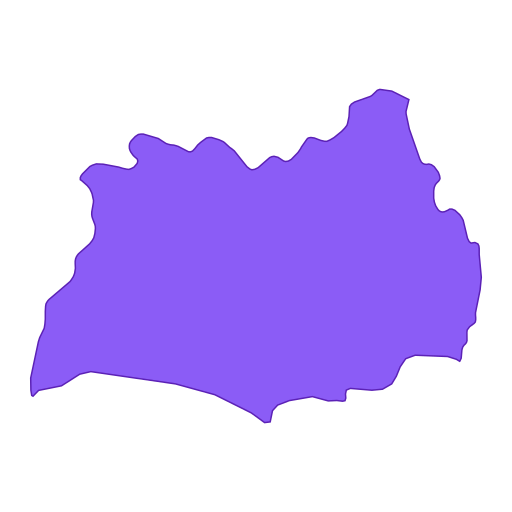 an SVG outline of Rayong
{"feature_id": "THA-434", "entity_name": "Rayong", "entity_type": "Province", "adm_level": 1, "iso_a3": "THA", "parent_name": "Thailand", "parent_adm1": "", "projection": "robinson", "projection_center": [101.425, 12.873], "detail": "fine", "context": "isolated", "style": "filled", "palette": "violet", "viewbox_px": 512, "rotation_deg": 0, "n_neighbors": 0, "source": "natural_earth", "source_scale": "10m", "svg_char_len": 2923}
<svg xmlns="http://www.w3.org/2000/svg" viewBox="0 0 512 512"><path d="M459.7,361.3L456.4,359.3L447.6,356.5L415.2,355.2L405.7,358.7L400.2,366.8L396.3,376.3L391.7,383.9L382.5,389.2L371.9,390.2L350.3,388.4L346.3,390.1L345.5,394.0L345.8,398.1L345.0,400.7L342.6,401.2L336.8,400.5L328.2,400.9L312.4,396.6L289.3,400.6L277.6,405.1L272.5,410.7L270.2,421.9L264.6,422.6L251.3,412.9L214.8,394.7L175.5,383.9L90.8,371.6L79.7,374.2L61.5,385.8L38.6,390.4L33.0,396.2L31.7,395.4L30.9,390.3L30.7,378.0L38.4,341.7L39.7,337.6L44.2,328.3L44.9,324.1L45.3,319.1L45.3,311.4L45.6,306.2L46.0,303.9L46.9,302.2L47.9,300.7L49.2,299.3L70.1,281.5L71.2,280.0L73.2,276.9L74.0,275.0L74.7,273.0L75.4,268.3L75.2,263.6L75.2,261.1L75.6,258.8L76.4,256.8L77.4,255.2L78.5,253.8L89.7,243.8L92.2,240.6L93.8,237.8L94.9,233.4L95.4,228.6L95.3,226.3L94.8,224.3L92.6,218.6L92.0,216.6L91.7,214.3L91.8,211.8L93.4,202.6L93.5,200.3L93.0,198.1L92.1,193.9L91.4,192.1L89.7,188.6L87.3,185.6L81.9,180.8L80.6,179.9L80.3,179.7L80.3,179.1L80.3,177.6L81.1,175.8L82.5,173.9L89.9,166.5L92.4,165.2L96.3,163.9L103.3,164.2L118.7,167.1L122.6,168.3L126.8,169.2L128.9,169.4L131.2,168.6L133.9,167.2L137.2,163.4L137.8,161.0L137.2,159.0L134.4,156.6L133.1,155.3L130.9,152.2L130.0,150.4L129.4,148.4L129.3,146.0L129.6,143.8L130.4,142.1L131.4,140.6L135.3,136.5L138.3,134.5L140.8,134.1L143.4,134.1L158.3,138.5L166.0,143.5L168.1,144.2L170.5,144.8L173.8,145.1L176.0,145.7L178.2,146.4L188.4,151.7L190.3,151.9L192.5,151.1L194.9,148.6L197.7,145.0L200.6,142.4L206.5,138.0L208.8,137.5L211.6,137.5L218.9,139.7L222.9,141.5L224.4,142.5L229.8,147.5L231.5,148.6L234.3,150.9L247.0,166.8L250.0,169.1L251.9,169.8L254.8,169.3L258.1,167.7L269.7,157.6L271.7,156.7L274.0,156.3L278.0,157.3L283.6,161.0L285.5,161.5L288.3,161.1L291.3,159.4L298.0,152.5L300.6,148.7L301.4,147.1L306.7,139.5L307.6,138.4L308.9,137.8L310.9,137.5L314.4,138.0L320.7,140.4L324.7,141.3L326.9,141.3L330.1,139.9L334.0,137.6L341.5,131.5L344.7,128.2L346.9,125.4L347.6,123.3L349.0,116.6L349.6,106.6L351.4,104.1L354.6,102.0L370.4,96.4L372.0,95.4L377.3,90.3L379.8,89.4L391.8,91.1L408.9,99.6L406.0,111.5L406.1,113.9L409.3,129.0L419.8,159.1L421.4,162.2L422.9,163.5L424.6,164.2L426.7,164.4L428.8,164.0L431.4,164.7L434.2,166.7L438.3,172.3L439.6,175.8L440.0,178.4L439.7,179.4L439.5,179.8L438.7,181.0L436.4,183.3L435.3,184.8L434.2,187.5L433.7,191.0L433.7,198.2L434.4,202.2L435.7,205.9L438.0,209.6L439.3,210.9L440.8,211.7L442.6,212.0L444.6,211.7L448.1,210.1L449.6,209.1L452.0,209.1L454.9,210.3L459.8,214.8L461.9,217.8L463.2,220.3L467.5,238.3L469.2,241.7L471.1,243.1L472.9,242.8L474.9,242.5L477.9,243.9L478.9,246.0L479.2,248.6L479.2,254.5L481.3,277.3L480.1,289.9L475.5,312.7L475.5,315.1L475.7,317.5L475.7,319.8L475.3,322.0L474.1,323.4L469.6,326.7L467.4,329.7L467.2,330.0L467.1,330.6L466.9,332.3L467.0,340.7L466.4,342.6L465.3,344.0L464.0,345.2L462.7,347.1L461.9,349.9L461.2,358.2L459.8,361.2L459.7,361.3Z" fill="#8b5cf6" stroke="#5b21b6" stroke-width="1.5"/></svg>